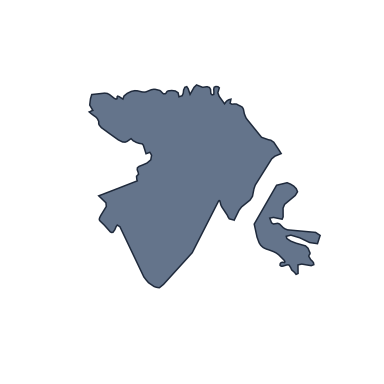 map outline of Sirdaryo (Mercator projection), rotated 311°
{"feature_id": "UZB-371", "entity_name": "Sirdaryo", "entity_type": "Region", "adm_level": 1, "iso_a3": "UZB", "parent_name": "Uzbekistan", "parent_adm1": "", "projection": "mercator", "projection_center": [68.713, 40.386], "detail": "fine", "context": "isolated", "style": "filled", "palette": "slate", "viewbox_px": 384, "rotation_deg": 311, "n_neighbors": 0, "source": "natural_earth", "source_scale": "10m", "svg_char_len": 3489}
<svg xmlns="http://www.w3.org/2000/svg" viewBox="0 0 384 384"><g transform="rotate(311 192 192)"><path d="M279.5,234.1L273.5,231.1L269.3,230.4L238.7,235.2L235.0,236.7L228.4,240.5L224.0,241.1L213.2,239.2L209.0,239.5L198.5,242.3L198.5,242.2L198.4,242.2L196.2,237.8L196.8,235.7L197.6,234.0L200.2,224.6L200.9,222.8L201.7,221.5L202.6,220.3L203.6,218.6L203.4,218.1L202.5,218.0L146.3,232.0L103.6,231.1L98.4,230.2L97.7,229.3L96.6,227.4L95.8,225.4L95.0,218.7L95.6,214.8L96.3,211.4L118.5,160.4L118.0,157.3L116.2,157.4L112.9,158.5L109.7,158.8L108.7,157.9L108.3,156.6L109.5,147.5L109.8,141.6L110.2,140.3L111.1,139.6L112.2,139.1L114.6,138.5L124.9,136.8L127.4,134.1L127.9,124.1L142.4,131.8L164.5,143.4L164.9,142.8L165.2,142.2L166.3,141.0L167.5,139.8L168.9,139.9L170.3,140.0L171.0,139.1L171.7,138.2L172.2,137.2L172.8,136.1L173.6,135.5L174.5,134.9L175.6,135.1L176.7,135.3L180.4,137.2L184.2,139.0L186.7,139.4L189.2,139.8L191.2,138.6L193.2,137.4L193.8,135.8L194.3,134.1L192.5,133.2L190.7,132.2L193.0,128.5L195.3,124.7L195.5,123.9L195.7,123.0L194.9,121.6L194.1,120.3L193.4,118.7L192.8,117.2L192.5,115.6L192.1,114.1L192.2,112.5L192.3,111.0L189.9,110.4L187.5,109.8L186.6,109.3L185.7,108.8L185.0,107.8L184.2,106.8L183.6,104.5L183.0,102.2L182.0,91.8L181.1,81.4L181.4,79.5L181.8,77.6L182.3,77.0L182.8,76.3L183.4,75.9L184.0,75.4L184.6,74.0L185.2,72.6L185.4,71.4L185.5,70.2L185.2,67.4L185.0,64.6L185.0,63.3L185.0,61.9L185.4,62.1L185.9,62.4L186.8,62.7L187.6,63.1L188.1,63.3L188.5,63.6L189.5,60.7L190.5,57.8L193.1,56.0L195.8,54.2L199.8,52.4L209.3,61.2L210.8,63.4L211.4,65.9L211.7,71.8L212.2,73.6L213.2,74.2L214.8,73.0L215.6,73.0L216.2,74.6L216.8,78.9L219.9,77.7L224.0,78.4L228.1,80.2L230.9,82.3L232.6,84.5L234.8,88.7L236.2,90.6L237.4,91.6L242.5,94.2L244.5,95.8L245.5,97.1L247.5,101.1L247.6,102.2L247.3,105.1L247.5,106.2L248.7,107.4L250.0,107.5L251.4,107.2L252.7,107.7L255.3,110.1L257.3,113.1L257.8,116.4L255.3,119.7L258.2,121.4L260.8,120.6L263.4,118.8L266.3,117.9L268.1,118.9L267.4,121.4L264.4,126.5L272.3,124.9L275.8,125.2L278.0,131.4L281.4,134.3L282.3,136.6L281.6,138.7L278.6,141.7L278.5,143.5L279.9,144.4L281.8,143.0L283.8,141.0L285.6,140.0L287.3,140.8L288.5,142.5L288.5,144.3L283.8,146.4L282.0,149.8L279.9,158.7L282.0,158.5L284.0,158.6L285.9,159.3L287.6,160.5L284.0,162.5L284.4,164.5L286.4,166.4L287.6,168.0L288.0,170.0L288.6,172.1L289.0,174.4L288.2,176.5L285.5,180.0L284.5,181.8L283.3,184.3L282.9,186.0L278.9,208.6L281.6,215.4L282.8,217.5L283.2,221.1L280.5,230.9L279.5,234.1L279.5,234.1ZM252.6,251.4L261.4,257.7L262.6,261.2L263.2,264.9L262.9,268.5L261.4,271.5L257.1,272.2L243.4,270.0L239.6,271.3L233.0,277.1L230.6,277.9L226.3,270.2L223.3,267.8L220.9,272.3L221.3,274.5L224.6,277.2L225.3,279.1L224.9,284.1L225.2,286.4L226.1,288.9L242.6,311.8L243.3,317.2L235.3,320.6L231.0,313.9L228.1,303.3L224.3,294.9L220.4,292.2L219.1,294.1L219.7,298.7L221.6,304.0L225.8,313.0L225.7,316.4L223.4,321.1L222.7,321.6L220.7,321.9L220.1,322.3L218.8,326.0L218.8,326.4L218.8,327.6L218.4,330.0L217.1,331.6L214.6,330.3L209.6,322.1L206.5,319.8L200.1,325.5L198.1,324.6L198.6,322.1L198.6,318.3L199.6,316.2L200.2,314.4L200.5,313.0L199.9,312.1L199.0,311.3L195.6,309.2L194.7,308.3L194.4,307.4L194.5,306.4L196.0,305.5L197.2,305.6L198.2,306.2L198.9,307.2L199.5,308.1L200.2,308.0L200.9,306.7L201.5,298.6L201.3,296.3L201.1,295.0L200.5,292.7L198.9,288.3L198.5,287.4L198.4,287.1L197.8,285.8L197.1,283.5L196.8,282.1L196.8,280.5L196.9,278.7L197.7,276.0L200.6,270.7L208.6,260.0L252.6,251.4Z" fill="#64748b" stroke="#1e293b" stroke-width="1.5"/></g></svg>